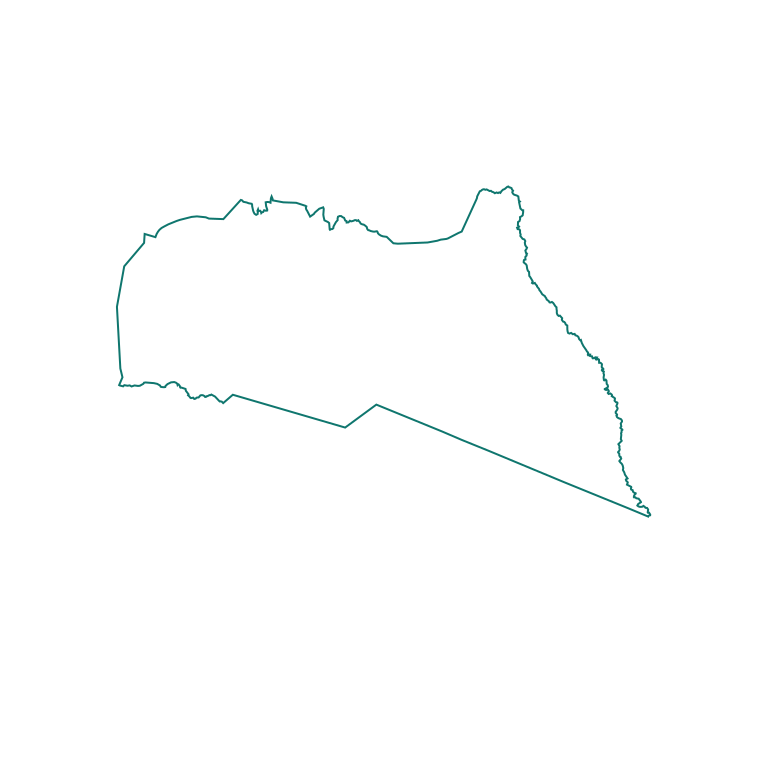 Tiaty, Rift Valley, Kenya (Mercator projection), rotated 145°
{"feature_id": "3690345B93323191576602", "entity_name": "Tiaty", "entity_type": "district", "adm_level": 2, "iso_a3": "KEN", "parent_name": "Kenya", "parent_adm1": "Rift Valley", "projection": "mercator", "projection_center": [35.941, 1.145], "detail": "fine", "context": "isolated", "style": "outline", "palette": "teal", "viewbox_px": 768, "rotation_deg": 145, "n_neighbors": 0, "source": "geoboundaries", "source_scale": "gbopen_adm2", "svg_char_len": 6166}
<svg xmlns="http://www.w3.org/2000/svg" viewBox="0 0 768 768"><g transform="rotate(145 384 384)"><path d="M368.5,602.1L370.1,601.0L373.0,597.6L373.9,599.0L375.3,600.1L376.7,600.7L378.6,597.2L379.6,593.8L380.2,593.1L381.4,593.7L382.5,595.1L384.3,594.2L385.5,594.6L386.5,594.4L386.0,595.8L386.1,597.0L387.6,597.6L387.0,599.3L388.3,598.5L388.9,597.0L390.0,595.7L391.7,595.9L392.4,597.7L392.2,599.4L391.8,601.0L390.0,605.3L389.2,606.5L389.0,607.5L391.2,609.7L392.4,611.5L394.7,613.9L394.9,615.8L395.7,616.9L421.0,611.2L432.5,619.9L434.4,622.8L441.1,628.6L445.7,631.2L457.0,635.5L460.4,636.5L469.1,638.5L473.7,639.1L476.7,639.4L479.5,639.1L481.8,638.4L484.2,637.3L487.0,635.4L494.0,644.2L499.6,637.2L529.3,629.4L558.5,600.4L591.1,547.9L594.4,539.5L601.6,535.0L601.2,534.2L599.0,531.7L597.4,532.0L595.1,529.7L593.1,528.7L592.2,526.8L589.2,525.9L586.6,523.5L585.0,522.6L581.0,522.2L579.8,522.7L578.4,522.0L572.0,516.7L569.7,514.2L568.3,511.2L568.5,509.8L567.7,508.9L566.0,507.5L564.9,507.0L564.1,507.7L561.4,508.1L557.5,507.5L554.7,505.9L553.6,504.3L553.2,502.9L553.6,501.8L552.9,502.1L552.5,501.6L552.4,499.5L552.9,498.1L552.8,497.7L552.2,497.5L549.4,493.8L550.2,492.1L550.0,487.7L551.0,487.2L550.6,485.7L550.5,483.6L550.1,483.1L548.1,482.2L548.0,480.6L547.4,480.3L546.7,480.1L545.4,480.3L544.5,479.9L543.6,479.3L540.9,480.0L539.5,479.3L538.7,478.5L537.9,476.9L538.0,476.1L537.7,475.8L536.8,475.5L536.3,475.7L535.5,475.3L533.3,475.0L532.6,474.4L531.5,474.4L529.6,470.6L528.7,464.4L528.5,463.8L528.0,463.7L527.0,462.6L526.7,460.6L514.0,461.9L440.8,370.6L402.1,371.5L363.6,311.7L352.5,293.8L336.5,269.1L293.0,200.6L255.2,142.1L243.7,124.0L243.4,124.3L242.9,124.3L241.3,123.8L240.8,124.4L240.7,126.6L241.6,127.1L241.6,127.6L239.6,129.7L239.6,131.6L240.8,132.6L240.9,134.1L241.5,135.4L242.4,135.2L243.2,135.5L244.8,136.5L245.8,137.8L246.2,139.1L244.6,139.9L241.3,139.8L241.1,140.3L241.2,144.0L242.9,145.7L243.1,147.0L244.2,147.7L244.2,148.1L243.0,149.2L241.8,149.7L240.7,149.8L240.5,150.2L241.3,151.2L241.6,152.0L241.8,153.0L241.2,154.4L242.0,155.6L242.0,156.2L241.7,156.8L240.7,157.5L240.5,158.0L242.7,162.2L240.8,163.5L240.7,164.1L241.1,165.5L240.8,166.9L240.5,167.1L238.7,166.9L238.6,171.6L237.9,173.7L237.6,176.6L236.2,177.9L235.2,180.4L235.0,182.2L235.4,184.3L235.4,185.9L232.5,186.8L232.0,188.6L232.5,189.0L232.3,190.4L231.2,192.1L231.5,193.6L231.2,194.0L229.5,194.4L228.5,195.1L227.8,196.8L226.7,198.0L226.5,200.3L221.9,201.1L221.6,203.0L218.8,206.2L218.0,207.8L217.2,208.1L216.2,209.5L215.0,209.7L214.9,210.1L215.6,212.2L215.4,212.6L214.0,213.1L212.7,215.9L210.6,216.7L210.0,217.7L210.1,219.5L211.1,220.8L211.9,222.4L212.1,223.4L211.7,224.8L210.9,224.9L210.6,225.3L210.8,227.4L210.2,228.3L207.7,229.2L206.8,229.8L206.5,230.3L206.3,232.7L204.0,234.1L203.5,234.9L203.7,235.4L204.4,236.0L204.7,238.1L203.2,239.5L203.1,240.2L204.4,243.4L203.7,243.8L203.5,244.7L204.0,246.4L205.7,247.0L205.8,248.3L203.9,249.2L203.7,251.2L204.0,251.5L204.6,251.4L205.5,251.7L206.2,253.0L206.0,253.3L203.9,253.0L202.7,253.1L202.1,253.3L201.8,253.8L201.4,254.8L201.5,256.4L199.8,259.2L199.9,260.4L201.0,260.4L201.5,260.6L201.6,261.1L200.3,263.5L198.5,265.3L198.0,267.0L196.8,268.1L197.6,269.3L197.6,270.4L197.1,270.7L196.6,270.0L195.8,270.3L195.6,270.7L196.0,272.7L195.9,273.1L194.1,275.2L194.3,276.7L194.6,277.3L195.6,278.0L193.9,280.7L194.0,281.1L194.6,282.1L195.6,281.9L196.2,282.3L196.3,282.9L196.1,283.2L194.5,283.7L195.5,284.6L197.2,284.8L198.2,285.2L198.3,285.7L197.7,287.3L199.2,288.7L199.3,289.3L198.3,289.9L198.7,290.3L199.8,290.1L200.3,290.4L200.3,291.0L198.9,292.5L198.8,293.0L199.1,294.2L198.9,295.6L198.9,300.6L198.4,304.2L197.5,307.0L198.1,307.0L198.4,308.8L197.8,310.9L198.0,312.1L198.5,313.2L199.3,314.1L199.1,315.7L200.8,316.5L201.4,318.5L203.1,318.9L203.9,320.1L203.5,321.6L202.6,323.4L200.3,326.8L201.0,328.5L200.6,329.9L200.7,331.4L201.5,332.4L201.5,334.6L200.3,335.7L200.7,339.1L201.9,339.6L202.2,341.4L201.7,343.1L200.4,344.9L199.7,346.4L198.7,347.9L199.0,349.4L198.9,353.3L199.4,354.9L200.8,355.2L201.6,355.9L201.5,357.4L202.3,359.9L201.9,361.1L202.0,362.4L201.8,363.6L202.9,366.7L202.7,370.2L202.9,371.6L202.5,372.9L202.7,376.2L202.3,376.8L202.6,378.7L202.5,380.3L204.4,380.9L204.8,381.9L203.3,382.8L202.9,387.7L203.0,389.2L200.9,392.6L201.2,394.3L200.6,396.3L199.1,399.3L199.0,400.5L199.8,403.5L199.0,404.6L198.0,405.3L196.7,404.8L196.0,406.1L195.2,407.1L193.6,407.4L192.9,408.1L192.8,408.9L192.2,408.9L192.3,410.5L191.6,412.3L189.8,412.9L188.6,413.7L188.8,415.1L188.6,416.9L187.6,419.0L186.3,420.0L186.1,421.9L187.2,423.4L187.4,427.1L186.3,428.1L185.9,429.7L184.4,431.9L184.4,433.0L185.7,434.2L185.3,435.7L184.0,435.3L183.1,435.4L183.3,437.2L181.3,439.8L179.6,439.7L177.9,441.0L176.9,442.7L175.2,442.5L173.7,442.6L171.3,445.1L170.4,446.4L171.0,446.7L171.6,449.5L169.1,455.4L168.0,455.5L168.4,456.8L166.4,460.6L167.1,462.2L168.8,464.4L169.2,466.1L168.9,467.6L167.4,468.3L167.6,469.9L167.2,471.3L167.8,472.4L168.6,473.2L168.8,474.4L169.9,474.8L173.4,474.5L175.0,474.9L177.1,474.6L179.1,473.8L179.7,474.9L181.1,475.0L181.9,476.3L183.8,476.7L184.3,478.3L185.2,479.4L185.6,480.9L186.8,481.5L188.3,484.5L189.6,485.0L190.3,486.1L191.2,486.6L192.4,486.8L193.6,486.6L195.0,486.9L200.1,484.2L201.2,483.0L202.6,482.1L232.9,464.3L236.4,465.0L248.2,466.6L249.8,467.1L254.7,469.7L258.2,470.8L267.1,474.9L292.2,491.0L295.6,493.9L297.4,503.0L300.2,505.6L301.4,507.3L302.3,509.5L302.5,511.0L302.1,512.1L302.2,513.2L304.5,514.3L305.5,515.1L307.3,517.1L307.8,518.2L308.7,519.1L308.8,520.7L308.1,522.4L308.5,524.3L309.2,526.2L310.2,527.2L311.1,528.8L310.9,530.6L311.2,531.8L311.1,532.9L312.6,533.1L312.9,534.2L313.8,534.9L316.0,535.4L317.7,536.1L318.3,537.3L320.4,536.8L322.0,537.7L321.3,538.9L322.0,540.2L321.4,543.0L322.3,544.5L322.7,546.0L323.9,547.0L325.7,547.4L327.1,546.2L328.0,544.8L330.5,544.2L335.0,542.0L336.2,540.7L337.5,540.6L338.5,541.2L339.8,541.3L339.8,541.8L336.6,547.3L337.0,548.8L338.9,552.2L337.6,555.5L336.6,557.5L332.9,562.0L332.5,563.6L336.5,564.7L342.4,564.1L343.9,563.5L348.5,563.5L347.6,570.0L347.6,571.5L347.0,573.1L345.7,574.1L346.2,575.1L352.0,582.8L362.3,590.6L369.7,598.1L369.0,599.8L368.5,602.1Z" fill="none" stroke="#0f766e" stroke-width="2"/></g></svg>